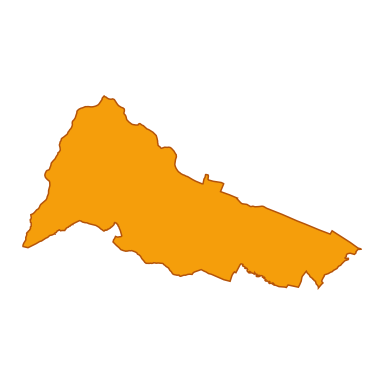 outline of Arcus, Covasna, Romania
{"feature_id": "2599482B44539906477830", "entity_name": "Arcus", "entity_type": "district", "adm_level": 2, "iso_a3": "ROU", "parent_name": "Romania", "parent_adm1": "Covasna", "projection": "mercator", "projection_center": [25.745, 45.912], "detail": "fine", "context": "isolated", "style": "filled", "palette": "amber", "viewbox_px": 384, "rotation_deg": 0, "n_neighbors": 0, "source": "geoboundaries", "source_scale": "gbopen_adm2", "svg_char_len": 5980}
<svg xmlns="http://www.w3.org/2000/svg" viewBox="0 0 384 384"><path d="M318.4,288.0L321.6,284.2L322.9,283.1L322.9,282.7L321.8,281.6L321.7,280.9L322.8,278.5L324.2,276.1L324.2,275.3L324.9,274.7L328.3,273.6L330.3,272.4L332.3,271.6L333.5,270.4L337.0,268.5L338.2,266.7L338.8,266.1L340.6,265.3L341.9,263.7L344.8,260.8L348.2,259.6L348.5,258.9L348.1,258.2L346.9,258.5L345.6,258.5L345.1,258.2L345.0,257.9L346.2,256.7L346.4,255.1L346.8,254.3L347.7,253.7L350.1,253.2L354.4,254.4L355.7,253.2L356.0,252.7L355.9,252.0L356.1,251.6L357.8,249.5L360.3,249.3L361.0,249.2L360.8,248.8L358.4,248.2L357.5,247.7L350.3,242.5L332.1,230.8L330.2,234.1L319.4,230.0L305.7,224.3L297.3,221.0L281.9,214.3L266.7,208.3L263.6,206.5L262.0,206.2L258.7,206.6L255.0,206.8L252.9,206.2L250.9,206.6L250.2,206.4L246.9,204.4L242.5,203.8L241.5,203.4L240.1,202.1L236.8,198.5L237.3,198.1L229.4,194.8L220.5,191.6L223.7,183.8L223.2,183.4L221.2,182.5L213.3,181.3L208.6,180.0L208.0,179.2L208.4,176.1L208.2,175.1L207.9,174.9L206.0,174.5L205.6,174.6L205.0,177.4L204.0,179.0L203.0,183.8L202.0,183.8L195.7,181.2L192.8,179.7L187.6,176.6L185.7,176.0L184.6,175.3L182.8,174.7L180.5,173.4L179.8,172.6L178.7,172.0L177.6,170.7L176.1,168.4L175.2,166.2L174.8,164.4L175.5,159.6L176.4,156.9L176.2,154.7L175.5,153.8L173.9,151.0L171.4,148.3L170.0,147.4L168.3,147.2L167.4,147.4L164.7,147.2L161.6,148.3L160.9,148.1L160.2,147.1L158.4,145.7L158.0,145.1L157.9,143.7L157.6,142.5L157.6,141.0L157.0,138.2L156.2,135.5L152.9,132.2L148.7,129.6L146.9,128.9L143.3,125.6L142.5,125.4L139.9,123.6L139.3,123.7L138.5,124.1L138.1,124.9L137.8,125.0L135.7,125.0L132.7,124.5L131.7,124.1L128.8,121.9L126.7,119.6L126.1,117.0L125.5,115.4L124.0,113.7L123.9,112.7L124.3,111.5L124.4,110.5L124.3,109.2L124.1,108.8L123.1,108.0L121.2,107.3L118.5,105.6L117.2,104.0L114.4,99.7L113.8,99.3L112.6,98.9L111.0,99.3L108.7,98.9L107.4,98.2L105.9,97.0L105.0,96.8L104.1,96.0L102.4,97.9L102.1,98.5L102.2,99.1L101.7,100.0L99.4,103.4L98.6,104.4L97.6,105.2L95.4,106.2L92.8,106.8L90.9,106.9L88.7,106.6L85.2,106.7L82.4,107.9L81.0,108.2L79.0,109.2L77.5,110.5L77.0,111.2L76.8,113.0L75.2,118.0L73.9,119.9L72.8,121.0L72.4,121.7L72.2,123.1L72.4,124.5L72.3,125.3L71.9,126.6L71.5,127.5L70.8,128.7L69.8,129.7L68.8,131.3L68.0,132.2L67.7,133.3L67.2,134.2L63.5,137.2L62.1,138.1L61.4,138.8L61.0,140.7L60.1,142.0L59.9,143.4L59.4,144.8L59.5,145.6L60.1,147.8L60.3,150.2L59.1,152.0L57.9,152.9L57.9,153.8L57.6,154.6L56.3,156.4L55.1,158.8L52.9,161.1L51.3,163.1L50.8,165.6L49.3,169.5L48.7,169.9L47.0,170.5L46.4,171.0L45.3,173.2L44.9,174.7L44.9,175.7L45.5,177.5L47.4,179.6L49.3,181.1L49.7,182.2L49.9,185.2L49.7,186.3L48.6,190.4L48.5,193.6L47.2,196.8L46.8,198.5L46.0,199.9L40.7,204.5L39.8,206.1L39.4,207.3L38.4,208.8L36.6,209.9L34.4,212.5L33.0,213.7L30.8,214.7L31.3,217.9L30.7,219.4L30.3,219.5L30.2,220.1L30.4,220.7L30.5,222.3L31.1,222.7L31.2,223.1L31.2,226.2L30.4,227.0L30.5,228.4L30.3,228.9L29.8,229.5L29.7,230.0L28.1,231.4L27.7,232.3L27.1,232.5L26.6,233.4L26.8,234.3L26.5,235.7L25.8,237.3L25.8,239.9L23.7,243.3L23.0,245.2L23.0,246.5L28.0,247.7L36.2,243.6L39.7,241.5L41.5,241.0L45.8,238.2L47.7,237.4L49.7,235.5L52.0,235.0L54.5,233.9L54.9,234.0L54.7,233.3L54.9,233.1L56.2,232.5L57.4,230.8L58.7,230.4L59.1,229.8L59.5,229.8L60.6,230.8L62.1,230.5L64.8,230.5L65.4,229.4L65.8,229.2L66.0,228.5L67.0,227.7L68.5,227.1L68.6,226.7L69.4,226.1L70.1,226.1L70.6,225.3L71.6,224.9L72.0,224.4L72.9,224.5L73.0,223.8L79.5,220.6L81.2,221.1L82.4,222.0L85.1,222.7L87.0,222.8L88.9,223.7L95.8,225.4L98.9,227.2L101.1,229.2L102.4,229.9L103.0,230.5L103.7,231.0L104.2,231.0L105.2,230.0L105.7,230.3L106.7,230.1L107.0,229.8L107.5,229.8L107.8,229.2L108.5,229.1L110.5,227.9L110.7,227.3L111.5,227.1L113.7,225.0L114.4,223.7L114.2,223.2L114.9,222.5L116.6,223.3L116.6,223.7L117.6,224.4L118.0,225.0L117.9,225.5L118.1,225.9L119.0,227.1L119.4,228.6L119.7,229.1L120.3,230.5L121.8,235.9L121.0,236.6L118.8,236.9L117.8,237.2L115.5,236.4L114.6,238.5L113.5,240.0L113.3,241.3L113.0,241.9L116.5,245.5L119.0,247.6L120.8,249.6L123.1,250.5L125.7,251.2L128.0,251.0L129.0,250.6L130.3,250.8L131.8,250.6L135.5,252.0L137.0,253.0L137.3,253.8L137.8,254.3L139.0,254.8L140.5,256.2L141.8,258.6L144.0,261.1L144.7,262.2L146.1,263.3L149.5,263.4L150.2,263.2L151.9,263.4L153.2,263.1L153.8,262.7L156.2,263.2L158.2,263.0L162.6,263.4L163.2,263.7L163.8,264.6L164.7,265.1L166.0,266.4L168.5,268.0L170.0,270.5L171.2,271.6L172.6,273.8L173.8,274.5L177.0,275.2L179.0,275.1L179.4,275.9L180.6,276.3L183.8,275.2L185.6,275.2L187.8,274.4L189.7,274.2L192.1,274.4L193.2,272.8L194.4,272.0L201.2,269.6L204.0,271.1L206.1,272.0L208.6,273.6L211.2,274.2L223.8,279.7L230.1,281.3L232.0,275.4L233.7,272.5L234.1,272.6L234.6,271.9L235.9,272.7L240.0,264.9L240.7,264.0L241.3,263.9L242.9,264.4L243.0,264.8L242.6,265.6L242.8,266.0L243.4,266.4L244.4,266.6L245.4,267.5L244.9,268.0L244.9,268.3L245.4,268.5L246.5,268.1L247.2,268.6L247.2,269.2L247.6,269.6L247.1,270.2L247.2,270.9L247.5,271.6L248.1,271.8L248.6,272.7L250.0,273.0L250.2,272.6L249.4,271.6L249.7,271.4L250.9,272.2L251.3,272.8L253.4,273.4L254.2,274.2L254.7,273.7L254.8,272.8L255.6,274.1L256.9,274.3L256.8,275.3L256.2,275.8L256.3,276.2L256.6,276.5L257.5,276.3L257.8,275.4L258.1,275.6L258.3,276.3L257.6,276.4L257.6,276.6L257.9,276.7L259.3,276.5L259.6,276.3L259.4,275.4L260.8,275.8L261.2,275.6L262.7,276.1L262.9,276.7L262.6,277.2L263.1,277.5L264.2,277.1L264.6,277.5L264.0,277.9L263.9,278.2L264.0,278.5L265.8,279.5L265.1,280.5L265.7,281.0L266.2,281.2L266.9,280.9L267.8,281.2L268.0,281.6L268.8,282.0L269.6,281.5L269.8,281.8L269.1,282.2L268.9,282.6L269.1,283.3L269.4,283.5L270.1,283.2L270.7,283.4L271.5,283.3L272.8,284.2L273.1,283.8L273.0,283.1L273.3,283.2L274.1,284.3L273.8,284.6L273.8,284.9L274.2,285.1L276.0,285.4L278.9,286.6L285.0,287.1L286.3,287.5L288.1,285.0L298.4,287.2L299.5,285.1L301.2,281.1L301.9,277.3L302.4,276.2L306.3,271.2L307.4,273.2L309.1,274.7L310.2,276.8L311.8,277.9L313.0,279.3L313.4,279.3L314.2,280.6L315.5,281.3L315.9,283.1L316.2,283.5L316.4,284.3L317.4,285.1L318.4,286.8L318.4,288.0Z" fill="#f59e0b" stroke="#b45309" stroke-width="1.5"/></svg>